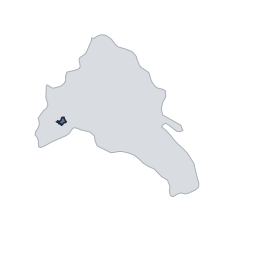 Las Salinas, Barahona, Dominican Republic shown in context, rotated 34°
{"feature_id": "3306468B53490324555446", "entity_name": "Las Salinas", "entity_type": "district", "adm_level": 2, "iso_a3": "DOM", "parent_name": "Dominican Republic", "parent_adm1": "Barahona", "projection": "robinson", "projection_center": [-71.348, 18.237], "detail": "fine", "context": "in_parent", "style": "filled", "palette": "slate", "viewbox_px": 256, "rotation_deg": 34, "n_neighbors": 0, "source": "geoboundaries", "source_scale": "gbopen_adm2", "svg_char_len": 2961}
<svg xmlns="http://www.w3.org/2000/svg" viewBox="0 0 256 256"><g transform="rotate(34 128 128)"><path d="M48.0,170.3L48.2,160.9L49.5,157.0L48.3,153.0L42.8,148.6L39.4,143.1L36.4,138.2L37.0,137.5L43.1,137.2L45.2,135.4L49.2,130.4L50.1,126.4L49.7,123.3L47.1,119.6L46.1,115.8L49.3,112.4L53.6,107.5L54.2,105.6L54.1,103.8L49.1,98.6L48.8,96.4L51.1,90.7L50.9,87.0L48.6,75.4L47.5,73.7L49.7,72.7L51.1,69.3L53.1,66.2L55.6,64.5L58.5,63.5L64.3,63.6L72.4,66.3L74.6,66.2L82.3,63.8L88.7,62.4L94.7,64.0L97.1,66.1L102.1,69.4L104.6,70.4L112.4,70.3L114.6,70.6L121.2,76.1L126.7,78.3L129.9,78.4L135.7,76.3L138.5,76.4L141.8,81.1L142.5,87.8L145.2,93.9L149.5,97.8L170.2,96.2L174.8,99.4L173.2,102.0L170.3,103.5L160.5,102.8L156.1,103.1L155.3,105.8L155.3,108.3L161.0,108.8L166.7,110.1L172.5,112.0L178.3,113.4L184.9,114.3L191.4,115.7L202.3,120.5L214.3,131.5L217.5,134.0L219.6,137.4L218.6,141.6L214.4,148.6L212.0,150.8L208.4,152.1L206.0,155.0L203.7,159.8L202.3,160.2L200.6,160.0L197.7,157.3L195.6,153.1L189.9,149.1L183.0,149.6L172.8,147.3L166.7,148.4L160.6,148.7L154.3,147.5L148.0,147.1L141.7,148.6L135.6,151.1L133.4,152.7L129.4,156.6L127.4,158.1L112.5,160.1L108.2,157.2L104.2,153.2L98.5,152.7L90.2,155.8L85.1,156.9L82.9,158.2L82.3,159.7L82.3,165.2L81.1,168.6L73.1,181.3L68.5,190.2L66.6,193.0L64.5,193.6L60.5,188.4L57.9,186.6L54.8,185.6L53.5,182.9L53.5,179.0L52.7,175.2L50.8,172.3L48.0,170.3Z" fill="#d9dde1" stroke="#a8b0b8" stroke-width="1"/><path d="M73.3,157.4L73.0,157.3L72.9,157.3L72.7,157.2L72.4,157.1L72.1,157.0L72.0,156.9L71.8,156.8L71.7,156.7L71.4,156.7L71.2,156.6L70.8,156.4L70.7,156.3L70.5,156.2L70.4,156.2L70.2,156.1L70.0,155.9L69.9,155.9L69.6,155.6L69.4,155.3L69.3,155.2L69.1,155.0L69.0,154.9L68.9,154.9L68.7,155.0L68.4,155.3L68.2,155.4L68.1,155.5L67.9,155.6L67.8,155.8L67.8,156.0L67.7,156.0L67.4,156.2L67.4,156.3L67.4,156.5L67.4,156.8L67.4,157.0L67.5,157.2L67.5,157.3L67.6,157.5L67.7,157.8L67.8,158.0L67.9,158.3L67.9,158.5L68.0,158.7L68.0,158.8L68.1,159.0L68.1,159.3L68.1,159.5L67.9,159.7L67.8,159.9L67.8,160.0L67.6,160.5L67.5,160.8L67.6,161.0L67.8,161.2L67.8,161.3L67.8,161.6L67.8,161.8L67.7,161.8L67.4,161.9L67.2,161.8L67.1,161.7L66.9,161.7L66.7,161.7L66.4,161.6L66.3,161.4L66.1,161.2L65.9,161.2L65.7,161.3L65.7,161.7L65.7,161.9L65.7,162.0L65.6,162.3L65.7,162.5L65.5,162.8L65.8,162.8L66.0,162.8L66.0,162.7L66.2,162.4L66.2,162.2L66.3,162.1L66.5,162.1L66.6,162.3L66.9,162.4L67.0,162.5L67.5,162.5L67.8,162.7L68.0,162.8L68.1,163.0L68.3,163.0L68.3,162.9L68.5,162.8L68.8,162.6L69.0,162.6L69.3,162.7L69.5,162.7L69.6,162.4L69.5,162.2L69.9,161.9L70.0,161.9L70.3,162.1L70.6,162.2L70.7,162.3L70.8,162.4L70.8,162.5L70.9,162.8L71.0,162.9L71.3,162.9L71.5,162.7L71.6,162.4L71.7,162.2L71.7,161.8L71.7,161.6L71.8,161.4L71.8,161.2L71.8,160.9L71.8,160.5L71.8,160.3L71.9,160.1L72.0,159.9L72.1,159.7L72.1,159.2L72.3,159.0L72.4,158.9L72.5,158.8L72.6,158.7L72.8,158.6L73.0,158.6L73.1,158.4L73.2,158.2L73.3,157.8L73.3,157.7L73.3,157.4Z" fill="#64748b" stroke="#1e293b" stroke-width="1.5"/></g></svg>